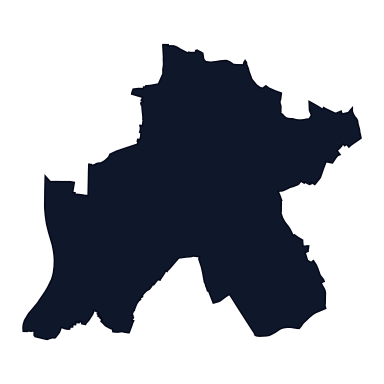 Eijsden-Margraten, Limburg, Netherlands
{"feature_id": "6326949B98773621915630", "entity_name": "Eijsden-Margraten", "entity_type": "district", "adm_level": 2, "iso_a3": "NLD", "parent_name": "Netherlands", "parent_adm1": "Limburg", "projection": "albers", "projection_center": [5.788, 50.805], "detail": "fine", "context": "isolated", "style": "filled", "palette": "ink", "viewbox_px": 384, "rotation_deg": 0, "n_neighbors": 0, "source": "geoboundaries", "source_scale": "gbopen_adm2", "svg_char_len": 5847}
<svg xmlns="http://www.w3.org/2000/svg" viewBox="0 0 384 384"><path d="M45.2,176.0L44.9,190.5L44.7,206.4L44.9,210.1L45.5,216.6L46.6,223.9L48.6,232.1L52.3,244.7L53.4,250.2L53.8,253.0L54.2,256.2L54.4,260.5L54.2,266.5L53.4,272.8L52.8,275.4L51.7,279.2L47.7,287.4L45.0,292.0L39.3,300.3L37.8,302.7L32.9,308.6L28.7,313.5L26.5,317.1L24.6,320.3L23.4,324.1L23.0,327.4L23.2,331.3L27.0,331.4L27.6,331.4L28.5,330.9L28.9,330.9L31.0,331.3L33.8,330.8L34.2,331.2L34.3,331.5L34.1,333.2L34.1,335.3L34.6,335.9L35.1,336.6L46.8,339.4L47.4,339.4L49.0,338.7L52.6,337.7L54.7,337.9L55.4,337.6L57.9,334.4L59.1,332.8L60.1,330.6L61.2,327.3L64.2,328.4L66.3,329.0L68.2,329.2L69.6,329.1L70.2,327.0L72.6,327.0L73.0,324.3L75.5,324.7L76.2,321.8L77.1,322.4L78.0,322.7L79.1,322.7L79.3,321.3L80.0,321.3L79.9,321.7L81.9,322.1L81.7,323.7L85.5,324.5L86.0,323.5L86.2,323.1L88.7,320.4L92.5,314.5L92.9,313.6L94.1,310.3L97.6,312.1L98.9,313.0L97.4,313.9L98.8,314.9L97.9,316.0L99.9,317.3L100.1,317.1L100.9,317.6L100.3,318.3L102.0,319.4L101.7,319.8L102.1,319.8L102.3,320.0L101.1,321.5L102.7,322.9L105.5,325.8L110.3,328.4L112.7,329.2L112.6,330.4L112.9,331.7L113.7,331.9L117.3,332.1L119.6,331.9L121.8,331.5L123.3,331.9L127.2,332.6L129.2,332.7L129.7,331.1L132.3,324.2L132.3,323.7L133.7,320.7L131.5,320.0L132.4,318.6L133.2,318.1L133.4,317.4L133.2,317.3L133.1,317.0L132.8,316.3L133.0,315.9L132.9,315.3L132.4,315.1L131.7,315.3L133.8,310.2L134.3,310.4L134.8,308.5L136.8,303.6L138.9,300.6L140.5,299.5L139.9,298.3L142.0,297.1L142.5,296.6L142.0,296.1L143.9,293.4L146.1,291.2L147.1,290.4L149.4,289.2L151.5,286.5L152.8,284.0L153.7,284.8L157.8,279.6L160.1,280.1L160.4,279.3L163.9,274.1L164.7,272.8L165.1,271.6L165.7,270.8L167.1,271.5L168.1,269.9L169.4,268.8L178.7,258.0L186.0,257.0L191.2,256.6L192.0,256.4L193.1,256.0L200.1,256.8L199.6,257.0L198.8,258.9L201.5,267.1L202.7,272.5L204.4,282.1L204.8,282.6L205.0,283.4L205.5,284.4L205.7,285.8L206.6,287.8L207.5,290.9L208.5,290.7L213.3,303.1L218.2,301.7L220.4,300.7L226.2,296.3L229.5,294.3L242.4,314.6L255.8,335.4L255.7,335.4L256.3,335.8L259.6,336.2L266.3,335.8L268.9,335.4L271.1,334.5L275.2,332.3L279.4,329.4L281.2,328.5L283.2,327.8L287.4,327.2L291.0,327.3L297.8,328.4L299.2,328.4L299.5,328.2L299.9,327.5L301.1,326.2L302.7,323.7L303.8,322.5L306.6,319.9L309.3,317.2L310.5,316.3L312.9,314.3L315.5,312.7L325.7,308.4L324.8,304.9L325.0,304.8L325.2,303.2L325.4,292.6L325.0,290.9L324.6,289.5L323.3,287.1L322.3,285.6L321.6,283.8L321.1,282.8L322.2,282.2L324.2,281.4L323.5,279.6L320.1,275.2L317.7,268.4L316.3,265.1L313.4,260.6L311.1,262.5L307.5,260.4L305.1,252.6L308.1,251.3L307.7,250.0L308.2,249.9L307.9,248.2L308.4,248.2L308.7,245.9L307.0,245.9L305.6,246.2L303.1,246.2L303.0,245.5L302.7,242.7L302.6,240.1L298.0,237.4L294.3,234.7L293.1,235.9L291.6,232.3L289.9,229.0L288.6,227.0L285.2,222.6L283.7,220.2L282.9,218.5L282.4,217.9L282.5,217.9L280.7,212.5L280.9,212.4L281.2,211.9L281.2,207.2L281.3,203.2L281.1,200.7L281.7,200.5L279.8,195.3L278.1,191.4L279.8,191.0L281.6,191.0L283.1,190.6L285.5,189.6L290.1,187.3L293.7,186.3L296.2,185.2L296.9,185.1L298.5,184.2L300.9,181.1L304.2,183.1L304.6,182.0L309.4,184.4L309.9,183.5L310.8,184.1L311.7,182.7L314.8,184.5L319.9,178.2L320.6,176.9L323.5,168.4L325.8,162.4L325.9,162.2L325.6,162.0L325.7,161.6L332.4,163.0L336.2,157.3L337.7,155.6L340.1,154.6L337.0,150.5L339.8,148.1L339.6,147.8L341.2,146.6L340.7,146.0L340.8,146.0L340.7,145.9L343.6,144.1L344.5,145.7L345.2,145.3L346.8,144.4L348.9,147.1L350.7,145.4L352.0,144.4L361.0,138.2L360.7,136.3L359.7,131.9L359.4,129.2L357.8,123.3L357.7,121.5L357.5,120.8L357.0,119.5L356.5,118.7L355.0,116.9L354.2,115.7L353.0,113.3L352.5,111.9L352.4,111.3L352.3,110.2L352.3,107.9L350.3,110.2L348.4,112.6L342.6,113.9L342.5,114.1L342.1,114.2L341.9,113.2L341.7,112.9L341.5,112.5L341.2,111.1L336.0,113.3L334.6,113.0L327.9,109.8L325.3,108.6L323.7,107.5L322.8,108.8L322.2,109.4L321.9,109.5L321.6,109.0L320.4,107.9L316.8,105.7L309.1,101.4L309.5,110.4L311.1,114.4L311.6,115.1L310.7,116.4L309.3,118.9L307.1,119.1L303.4,119.8L300.6,120.1L297.0,119.9L294.7,119.4L292.9,118.8L289.7,118.7L287.4,118.3L285.8,117.7L284.0,116.2L282.5,114.3L280.3,113.3L280.7,112.8L280.8,111.9L280.9,106.2L280.6,105.1L280.1,103.7L280.0,103.0L279.9,101.6L280.0,100.9L280.6,99.2L281.4,93.1L275.5,91.0L268.7,88.0L265.9,85.8L262.6,88.3L260.0,87.5L256.6,85.1L251.9,79.4L249.0,71.6L248.3,68.7L247.9,68.5L248.1,68.4L247.9,67.5L246.8,64.9L246.6,64.3L246.5,63.0L246.4,62.3L246.1,61.8L245.4,61.1L245.1,60.5L244.0,62.2L243.3,64.9L235.9,64.7L232.9,64.3L232.6,63.9L232.2,63.5L229.8,61.9L227.0,60.7L225.9,60.5L219.9,61.0L216.6,61.6L210.5,62.3L207.3,61.8L206.0,61.8L205.4,61.4L203.9,59.4L203.6,58.9L202.8,53.3L201.1,52.2L199.9,51.6L198.0,50.7L197.2,50.1L196.7,50.4L196.4,50.3L195.9,50.4L195.0,52.6L189.9,52.5L188.5,52.2L187.9,53.1L180.1,49.1L177.8,47.6L177.2,47.5L177.2,47.3L175.7,46.8L175.7,46.5L173.9,46.3L173.8,45.9L168.1,45.9L168.2,44.7L163.0,44.6L162.8,44.8L163.5,57.2L163.4,59.2L163.6,64.3L163.1,68.6L162.9,68.8L163.0,73.7L158.4,84.0L150.2,85.5L145.7,85.9L145.8,86.7L145.6,87.0L143.6,87.0L143.5,88.6L138.6,88.5L133.2,89.1L132.1,91.9L131.7,94.1L142.6,97.3L142.1,98.8L141.2,100.2L143.3,101.5L142.4,102.1L141.2,102.3L140.8,103.2L141.3,105.1L142.0,105.3L142.0,107.6L143.0,117.5L142.9,119.1L143.5,119.1L143.0,121.2L142.5,125.7L140.0,125.3L139.9,125.8L140.4,125.8L140.4,129.5L139.7,132.3L141.2,132.7L140.8,134.4L140.8,136.3L139.9,139.5L137.7,139.3L137.3,141.2L138.1,141.4L137.3,144.2L117.1,150.9L110.0,154.2L108.7,157.0L107.3,158.5L104.6,160.9L104.1,161.5L104.2,161.1L102.4,162.2L99.9,163.3L99.7,163.5L99.1,163.0L98.0,163.2L96.3,163.7L95.2,164.3L94.9,164.9L94.6,164.8L94.3,164.8L91.6,165.4L91.3,164.5L88.8,164.2L88.5,174.6L88.5,174.9L88.6,176.0L88.5,176.3L88.1,195.6L83.5,195.4L83.5,195.1L77.2,194.3L77.2,194.8L74.9,194.4L75.1,192.8L72.5,192.3L73.1,189.7L74.3,182.4L70.3,181.7L50.2,181.6L45.2,176.0Z" fill="#0f172a" stroke="#020617" stroke-width="1.5"/></svg>